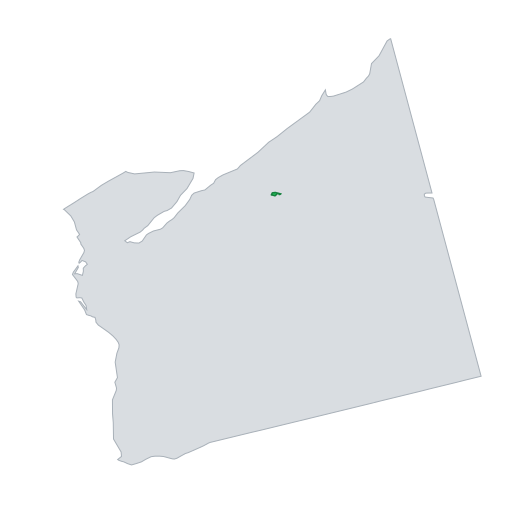 location of Qus, Qina, Egypt, rotated 255°
{"feature_id": "37247803B95427647060127", "entity_name": "Qus", "entity_type": "district", "adm_level": 2, "iso_a3": "EGY", "parent_name": "Egypt", "parent_adm1": "Qina", "projection": "equal_earth", "projection_center": [32.772, 25.856], "detail": "fine", "context": "in_parent", "style": "filled", "palette": "green", "viewbox_px": 512, "rotation_deg": 255, "n_neighbors": 0, "source": "geoboundaries", "source_scale": "gbopen_adm2", "svg_char_len": 4177}
<svg xmlns="http://www.w3.org/2000/svg" viewBox="0 0 512 512"><g transform="rotate(255 256 256)"><path d="M431.0,442.3L421.4,442.3L411.7,442.3L402.1,442.3L392.5,442.3L382.8,442.3L373.2,442.3L363.5,442.3L353.9,442.3L344.3,442.3L334.6,442.3L325.0,442.3L315.3,442.3L305.7,442.3L296.0,442.3L286.4,442.3L276.8,442.3L271.3,442.3L272.2,438.8L272.8,436.3L272.2,434.6L270.3,434.2L269.1,434.7L266.2,442.0L264.6,442.3L261.2,442.3L250.0,442.3L238.8,442.3L227.5,442.3L216.3,442.3L205.1,442.3L193.9,442.3L182.6,442.3L171.4,442.3L160.2,442.3L149.0,442.3L137.7,442.3L126.5,442.3L115.3,442.3L104.1,442.3L92.8,442.3L81.6,442.3L81.8,433.4L82.0,424.6L82.1,415.8L82.3,406.9L82.5,398.1L82.7,389.3L82.8,380.5L83.0,371.7L83.2,362.9L83.4,354.2L83.6,345.4L83.8,336.6L83.9,327.9L84.1,319.2L84.3,310.4L84.5,301.7L84.7,293.0L84.9,284.3L85.1,275.6L85.3,266.9L85.5,258.2L85.7,249.5L85.9,240.9L86.1,232.2L86.3,223.6L86.5,215.0L86.8,206.3L87.0,197.7L87.2,189.1L87.4,180.5L87.6,171.9L87.8,163.4L87.6,161.8L86.2,156.0L85.0,148.6L83.6,139.5L83.5,136.6L81.1,127.2L81.0,124.6L81.7,122.7L86.2,114.9L87.6,111.1L88.8,106.5L89.3,102.8L88.2,97.1L86.8,92.0L86.5,86.8L86.4,81.7L88.7,78.2L91.4,75.0L92.5,73.0L94.1,70.7L95.2,69.7L97.2,74.2L101.6,75.0L116.1,71.0L132.0,75.0L140.8,76.6L154.2,80.1L162.4,86.3L164.6,87.1L170.6,87.0L174.4,90.7L189.9,92.5L198.1,96.5L202.8,99.8L205.6,100.8L208.1,100.6L211.5,99.4L215.8,97.1L220.4,93.9L230.1,85.8L233.5,84.3L235.7,84.7L238.4,84.6L239.5,82.4L241.0,80.9L241.9,79.2L243.3,77.1L248.3,76.5L258.3,73.0L257.2,74.7L248.1,78.6L252.0,79.1L256.0,77.8L260.5,76.9L261.3,75.2L261.9,72.1L262.8,71.6L266.0,72.2L275.3,77.1L277.6,77.2L284.2,74.5L285.6,73.9L287.7,75.4L292.6,81.5L290.9,81.4L285.7,76.2L285.2,78.8L282.2,83.3L285.9,85.3L288.9,86.0L290.6,88.6L291.6,90.9L294.5,89.9L296.7,86.8L295.6,85.1L294.8,83.3L295.8,83.2L297.9,84.7L303.8,90.6L305.8,91.8L308.1,91.6L312.9,89.9L314.2,90.2L320.7,88.0L321.5,89.6L322.5,91.2L327.7,89.4L335.9,89.4L342.6,87.5L350.3,82.9L350.9,82.2L351.3,83.3L352.3,86.5L354.7,94.5L356.8,100.9L359.4,109.6L360.2,113.0L360.5,115.3L364.3,125.0L366.5,132.9L368.1,139.4L370.4,148.8L371.4,152.1L369.9,153.8L366.7,160.0L363.4,179.6L358.6,194.9L358.1,204.5L357.3,208.0L355.0,212.9L352.2,217.7L347.2,215.2L339.0,206.8L334.2,198.8L329.0,193.7L324.2,186.8L322.9,181.9L322.9,178.8L320.8,171.1L319.3,167.5L313.4,159.4L311.7,155.1L310.4,153.2L309.1,150.4L307.0,139.9L304.7,133.2L302.1,135.1L302.5,137.9L300.2,141.8L298.8,146.3L299.9,150.0L304.7,155.6L305.6,158.0L306.7,163.4L306.6,170.6L307.3,173.1L310.9,178.5L312.2,181.7L313.0,184.4L314.2,186.9L317.8,191.6L322.9,200.6L327.8,206.7L331.3,209.6L332.8,212.5L333.2,220.1L333.0,223.7L336.1,230.5L337.2,233.9L340.2,236.7L341.6,240.0L342.9,245.2L344.9,260.6L347.5,264.4L355.7,284.8L362.6,297.7L365.9,307.4L371.1,319.2L381.1,345.1L387.1,353.1L389.5,357.6L393.8,361.0L398.5,366.0L394.0,365.6L392.9,365.9L391.4,366.7L390.7,369.8L390.4,372.2L391.0,385.4L392.3,392.2L396.3,404.9L399.2,408.7L400.7,411.2L402.6,413.0L412.0,417.4L417.5,426.6L429.8,438.3L431.0,441.5L431.0,442.3Z" fill="#d9dde1" stroke="#a8b0b8" stroke-width="1"/><path d="M311.0,286.7L310.9,286.8L310.8,287.1L310.8,287.3L310.7,287.3L310.6,287.5L310.5,287.8L310.5,288.0L310.4,288.1L310.2,288.3L310.1,288.5L309.9,288.8L309.8,289.0L309.7,289.2L309.6,289.3L309.6,289.5L309.6,289.4L309.4,289.6L309.4,289.8L309.3,290.0L309.3,290.3L309.4,290.5L309.5,290.6L309.7,290.8L309.8,290.8L309.8,291.0L309.9,291.4L310.0,291.6L310.2,291.8L310.3,292.0L310.5,292.3L310.6,292.5L310.8,292.8L310.8,293.0L310.7,293.2L310.7,293.3L310.7,293.5L310.5,293.8L310.4,294.0L310.2,294.2L309.9,294.2L309.6,294.3L309.4,294.3L309.3,294.6L309.3,295.0L309.3,295.3L309.4,295.5L309.5,295.9L309.6,296.0L309.7,295.8L309.8,295.4L310.1,295.1L310.3,294.7L310.5,294.2L310.7,293.9L310.8,293.7L311.2,293.4L311.3,293.0L311.3,292.8L311.4,292.6L311.7,292.1L311.8,292.0L312.1,291.6L312.2,291.4L312.3,291.2L312.4,290.9L312.4,290.7L312.5,290.5L312.4,290.2L312.3,289.8L312.5,289.6L312.6,289.4L312.7,289.2L312.7,288.7L312.7,288.3L312.7,288.1L312.4,287.9L312.3,287.7L312.2,287.6L311.9,287.5L311.9,287.4L311.7,287.3L311.5,287.1L311.4,287.1L311.3,286.8L311.0,286.7L311.0,286.7Z" fill="#22c55e" stroke="#15803d" stroke-width="1.5"/></g></svg>